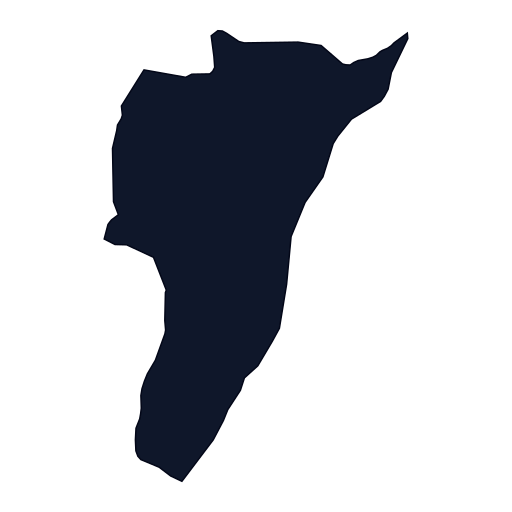 Quindío, Natural Earth projection
{"feature_id": "COL-1400", "entity_name": "Quindío", "entity_type": "Department", "adm_level": 1, "iso_a3": "COL", "parent_name": "Colombia", "parent_adm1": "", "projection": "natural_earth1", "projection_center": [-75.678, 4.399], "detail": "fine", "context": "isolated", "style": "filled", "palette": "ink", "viewbox_px": 512, "rotation_deg": 0, "n_neighbors": 0, "source": "natural_earth", "source_scale": "10m", "svg_char_len": 1130}
<svg xmlns="http://www.w3.org/2000/svg" viewBox="0 0 512 512"><path d="M407.3,33.1L407.8,38.6L391.4,72.5L388.1,89.2L384.3,96.3L380.6,101.4L351.5,119.1L337.9,136.0L333.2,143.6L322.9,176.9L305.1,202.4L291.1,236.5L286.6,284.3L279.4,328.3L272.3,341.3L257.8,365.8L244.4,377.9L240.4,390.3L227.8,409.6L223.4,420.5L213.2,439.9L181.9,481.3L170.7,476.0L159.1,467.2L140.9,459.6L137.9,456.3L135.9,450.9L135.4,439.8L136.0,428.2L139.7,418.9L140.6,413.9L141.3,408.2L140.9,395.5L142.0,388.7L144.4,381.2L147.4,373.8L155.4,360.2L164.9,333.9L165.6,330.1L164.8,320.5L165.4,292.5L166.3,290.1L153.5,257.3L126.6,244.8L115.0,244.5L104.2,239.0L108.0,224.4L109.7,222.1L111.6,219.8L118.4,214.7L113.5,201.7L112.5,148.4L116.7,130.6L117.5,125.0L121.2,118.9L122.4,115.2L121.4,106.0L144.0,69.9L185.7,77.3L191.8,74.2L209.9,73.9L212.7,71.3L214.7,67.4L213.9,56.3L211.2,35.8L217.8,30.7L222.4,31.0L226.6,33.3L238.8,41.5L244.2,42.9L298.1,42.1L321.1,45.5L342.5,64.0L345.9,64.8L350.2,65.0L353.8,62.5L358.3,60.5L367.9,58.8L372.9,57.2L376.4,55.3L380.0,51.8L382.4,50.4L387.5,48.3L391.3,45.7L394.0,42.9L407.3,33.1Z" fill="#0f172a" stroke="#020617" stroke-width="1.5"/></svg>